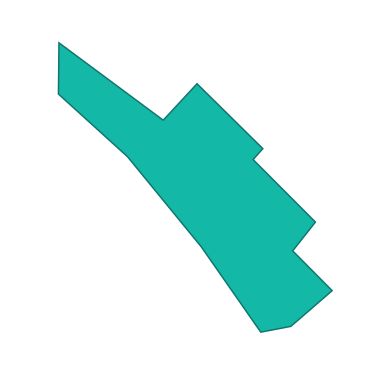 Yangiyul city, Tashkent, Uzbekistan (orthographic projection), rotated 278°
{"feature_id": "79887680B38656408263459", "entity_name": "Yangiyul city", "entity_type": "district", "adm_level": 2, "iso_a3": "UZB", "parent_name": "Uzbekistan", "parent_adm1": "Tashkent", "projection": "orthographic", "projection_center": [69.026, 41.087], "detail": "fine", "context": "isolated", "style": "filled", "palette": "teal", "viewbox_px": 384, "rotation_deg": 278, "n_neighbors": 0, "source": "geoboundaries", "source_scale": "gbopen_adm2", "svg_char_len": 335}
<svg xmlns="http://www.w3.org/2000/svg" viewBox="0 0 384 384"><g transform="rotate(278 192 192)"><path d="M299.9,181.9L259.1,153.5L321.2,39.5L270.4,46.1L217.9,123.3L139.1,208.7L62.8,279.6L72.7,308.6L113.8,344.5L147.7,299.9L179.4,318.4L232.6,248.0L244.8,256.1L299.9,181.9Z" fill="#14b8a6" stroke="#0f766e" stroke-width="1.5"/></g></svg>